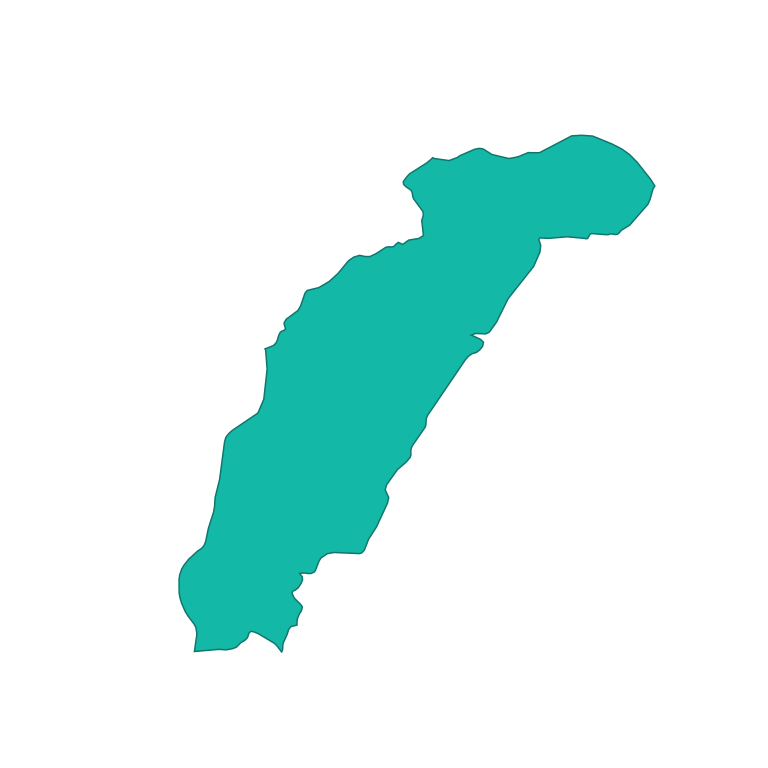 SVG path tracing the border of Gorontalo, rotated 304°
{"feature_id": "IDN-1837", "entity_name": "Gorontalo", "entity_type": "Province", "adm_level": 1, "iso_a3": "IDN", "parent_name": "Indonesia", "parent_adm1": "", "projection": "natural_earth1", "projection_center": [122.28, 0.663], "detail": "fine", "context": "isolated", "style": "filled", "palette": "teal", "viewbox_px": 768, "rotation_deg": 304, "n_neighbors": 0, "source": "natural_earth", "source_scale": "10m", "svg_char_len": 2756}
<svg xmlns="http://www.w3.org/2000/svg" viewBox="0 0 768 768"><g transform="rotate(304 384 384)"><path d="M346.6,265.7L353.8,270.7L357.3,271.5L360.1,271.2L365.5,269.5L368.7,269.1L370.2,269.5L372.8,271.2L374.5,271.5L375.3,270.9L377.7,267.8L379.2,266.9L383.3,266.8L396.7,271.5L402.1,271.2L415.1,267.7L418.6,268.0L427.4,276.0L438.2,281.2L449.7,284.0L466.1,285.6L472.1,287.9L477.0,291.8L479.1,297.0L481.7,301.0L487.6,304.5L498.4,309.1L500.6,311.4L501.8,313.6L503.4,315.2L507.0,315.8L509.5,316.8L510.1,321.4L517.1,324.0L524.1,331.4L529.1,333.7L540.6,323.9L545.4,322.4L548.6,320.2L554.2,304.7L555.5,303.1L558.5,300.2L559.8,298.1L559.8,292.3L560.5,288.6L562.5,286.8L568.9,287.1L572.9,287.8L591.4,295.9L598.3,297.8L598.7,297.7L599.2,299.9L605.6,313.0L612.6,318.0L615.8,319.3L628.9,327.6L632.3,330.8L634.0,333.8L634.4,336.1L634.6,345.1L640.7,361.3L643.5,364.4L647.5,368.2L656.4,374.1L662.6,383.5L694.6,400.8L700.7,408.7L706.2,418.3L710.5,438.9L711.8,449.7L711.5,459.5L709.4,469.8L702.9,490.3L699.7,497.7L699.6,497.8L696.0,498.0L685.6,501.4L680.8,502.3L653.3,498.9L644.1,494.8L640.4,494.4L638.4,493.6L637.3,492.2L635.1,487.7L633.6,486.8L631.9,484.5L625.0,472.3L623.8,471.1L618.5,471.4L617.3,470.2L616.8,468.7L608.6,453.7L596.5,438.6L592.3,431.5L590.4,431.5L586.6,436.4L580.6,439.5L565.3,442.3L524.1,439.2L498.2,442.7L485.8,442.3L482.5,440.4L477.1,431.7L473.3,429.0L475.0,439.1L474.3,443.1L470.5,444.7L465.7,444.3L461.7,442.9L458.5,440.2L454.7,438.6L449.9,437.9L382.2,437.7L378.9,438.4L373.5,441.6L370.7,442.3L349.4,442.0L346.6,442.3L344.1,443.3L339.8,446.2L337.9,446.7L331.8,446.1L320.5,443.0L301.9,442.5L296.9,444.2L292.5,451.4L287.2,453.5L261.3,457.7L246.8,458.0L235.4,460.6L231.5,460.0L229.6,458.4L216.4,436.8L211.6,431.9L204.5,429.0L200.7,429.2L191.9,431.2L189.4,431.5L186.0,429.4L184.2,426.6L182.6,423.3L179.8,420.0L178.4,424.1L175.9,426.1L172.1,426.8L167.1,426.8L163.8,425.8L161.3,424.3L159.2,424.6L156.5,429.0L155.5,433.4L154.8,437.7L153.5,441.0L149.9,442.3L145.3,442.5L141.6,443.3L138.4,444.7L135.5,446.7L130.8,442.5L127.0,442.2L122.4,443.7L112.4,445.4L107.0,448.5L104.6,449.0L104.6,448.9L107.2,441.4L107.7,437.6L106.7,419.4L105.8,415.0L104.7,412.2L103.3,411.6L102.1,411.4L100.9,411.6L99.6,412.1L97.8,412.5L96.2,412.5L94.1,412.1L89.6,410.0L83.1,408.7L79.8,406.4L75.2,401.6L71.6,395.4L56.2,376.4L71.5,369.0L73.8,367.2L77.1,364.0L78.8,360.7L82.0,351.4L84.3,346.3L89.3,338.5L92.7,334.4L96.1,331.1L107.3,323.4L111.4,321.4L117.2,319.8L121.9,319.5L129.8,320.1L141.6,323.0L144.3,324.2L146.8,324.9L149.6,325.1L153.5,324.3L165.9,319.2L182.6,314.3L187.7,312.0L195.4,307.5L213.1,301.0L246.6,284.3L251.0,282.8L253.6,282.8L256.4,283.1L260.5,284.1L289.4,295.7L304.1,292.9L330.8,278.9L345.7,267.1L346.6,265.7Z" fill="#14b8a6" stroke="#0f766e" stroke-width="1.5"/></g></svg>